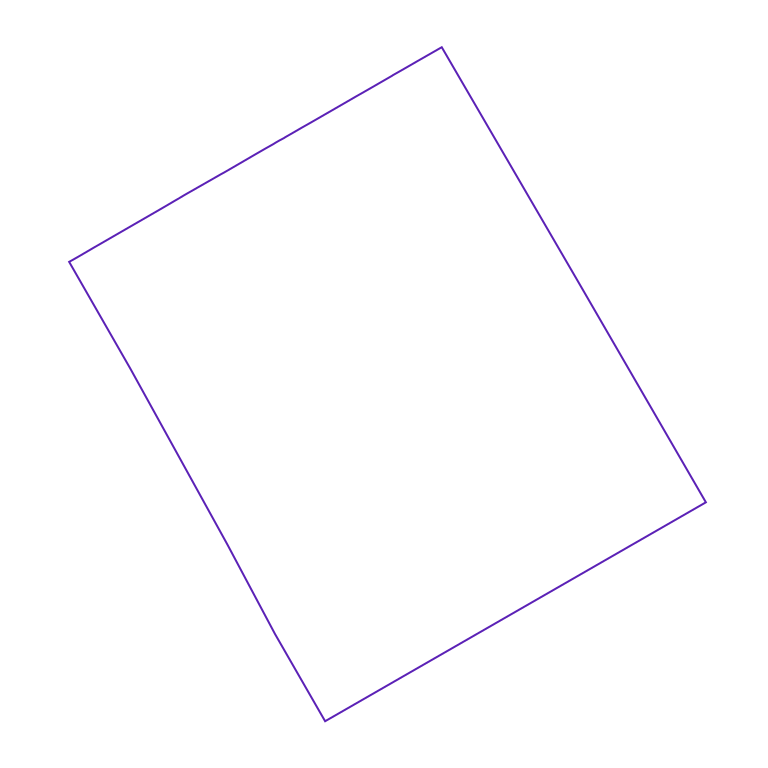 Perkins, South Dakota, United States of America, rotated 330°
{"feature_id": "52423323B24972469519147", "entity_name": "Perkins", "entity_type": "district", "adm_level": 2, "iso_a3": "USA", "parent_name": "United States of America", "parent_adm1": "South Dakota", "projection": "natural_earth1", "projection_center": [-102.448, 45.492], "detail": "fine", "context": "isolated", "style": "outline", "palette": "violet", "viewbox_px": 768, "rotation_deg": 330, "n_neighbors": 0, "source": "geoboundaries", "source_scale": "gbopen_adm2", "svg_char_len": 730}
<svg xmlns="http://www.w3.org/2000/svg" viewBox="0 0 768 768"><g transform="rotate(330 384 384)"><path d="M172.4,120.8L172.0,243.9L168.1,445.1L164.6,545.9L164.5,596.2L164.4,646.6L603.6,647.4L603.3,395.1L602.4,121.2L574.9,121.1L563.8,121.1L562.7,121.1L545.8,121.0L545.4,121.1L540.9,121.1L536.3,121.1L531.3,121.1L530.5,121.1L529.9,121.1L522.0,121.1L521.8,121.1L503.2,121.0L452.8,121.0L441.3,120.9L440.9,120.9L423.3,120.9L421.7,120.9L420.7,121.0L417.2,120.9L415.3,120.8L410.8,120.8L408.4,120.9L398.8,120.8L392.8,120.8L389.1,120.8L385.3,120.8L351.1,120.9L347.6,120.8L309.2,120.6L305.1,120.6L298.2,120.7L295.6,120.7L294.8,120.7L280.8,120.8L200.7,120.8L182.3,120.9L172.4,120.8Z" fill="none" stroke="#5b21b6" stroke-width="2"/></g></svg>